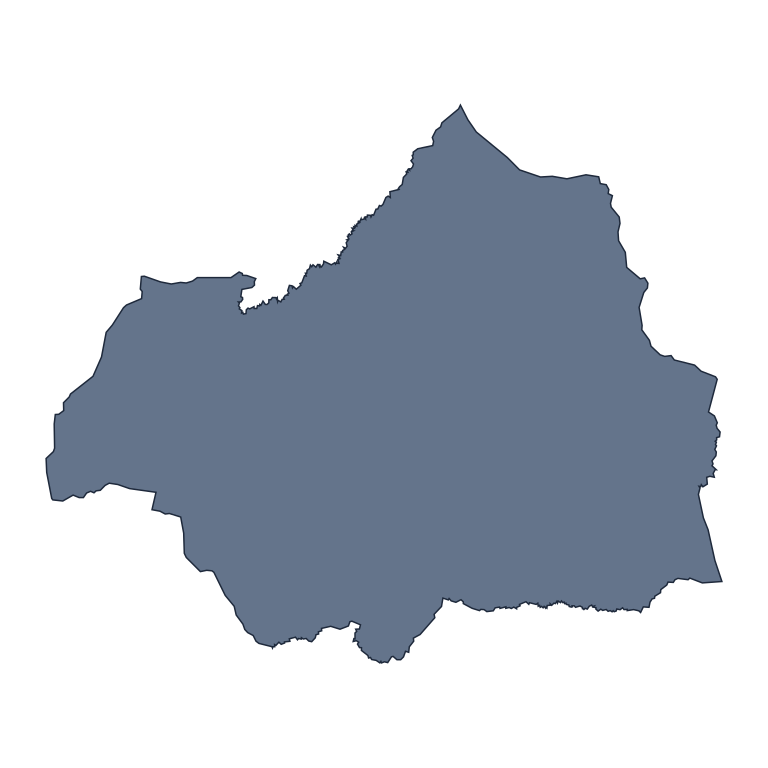 Nong Bua, Nakhon Sawan, Thailand (Natural Earth projection)
{"feature_id": "78962969B24099106411844", "entity_name": "Nong Bua", "entity_type": "district", "adm_level": 2, "iso_a3": "THA", "parent_name": "Thailand", "parent_adm1": "Nakhon Sawan", "projection": "natural_earth1", "projection_center": [100.631, 15.883], "detail": "fine", "context": "isolated", "style": "filled", "palette": "slate", "viewbox_px": 768, "rotation_deg": 0, "n_neighbors": 0, "source": "geoboundaries", "source_scale": "gbopen_adm2", "svg_char_len": 6098}
<svg xmlns="http://www.w3.org/2000/svg" viewBox="0 0 768 768"><path d="M141.4,276.5L140.3,289.1L142.2,291.5L141.6,298.6L126.5,305.0L123.5,307.7L112.3,325.1L106.2,332.3L101.5,357.0L93.0,376.3L70.5,394.0L69.2,397.0L63.5,402.7L63.7,410.6L58.7,414.3L55.3,414.5L54.2,424.0L54.6,448.2L53.4,451.6L46.1,458.5L46.7,472.4L51.7,498.4L52.8,499.9L62.8,501.0L73.1,495.1L79.2,497.6L83.4,497.6L86.6,493.0L90.6,491.3L94.0,492.8L96.2,490.8L100.3,490.3L105.1,485.4L109.2,483.2L117.8,484.5L129.6,488.6L156.0,492.3L152.0,509.7L160.0,511.2L165.2,514.0L169.4,513.5L180.7,517.0L183.7,533.2L184.3,553.3L186.3,557.5L200.4,571.6L206.7,570.3L211.9,570.8L213.9,572.3L225.2,595.4L234.2,606.3L236.2,615.0L242.9,624.1L244.8,629.5L247.7,632.6L253.2,635.5L256.0,641.2L258.9,643.4L272.0,646.7L272.5,648.0L273.0,646.7L274.7,646.7L274.6,644.6L275.9,645.4L278.9,642.2L281.2,644.3L284.6,643.0L284.5,641.9L289.9,641.3L289.3,638.8L295.5,637.2L297.5,639.8L298.6,638.5L301.2,639.1L301.4,637.7L303.2,639.0L306.2,638.5L308.7,641.0L311.7,641.7L315.3,637.8L316.0,634.7L318.6,634.0L318.4,631.8L321.7,630.8L321.5,628.4L330.7,626.3L340.0,629.2L348.4,626.0L349.9,621.7L351.9,621.2L360.5,624.8L359.4,629.0L355.7,629.2L356.7,631.4L355.0,633.0L355.0,638.8L353.9,638.6L353.2,641.5L356.3,640.7L358.7,642.2L357.5,644.1L359.5,647.6L361.5,647.7L361.4,650.4L367.9,655.5L368.6,658.0L370.5,657.5L371.6,659.5L376.2,660.4L379.9,662.9L380.9,661.4L381.6,662.9L384.4,661.8L387.7,662.6L391.5,656.8L393.1,656.4L396.9,659.7L400.7,659.7L403.5,656.9L405.5,651.3L408.7,652.3L409.3,646.8L413.7,641.2L413.4,638.1L420.1,634.5L434.8,617.7L434.1,614.3L441.5,606.5L442.9,598.1L448.3,599.9L449.1,598.5L451.2,600.9L455.9,602.3L461.0,599.7L463.3,601.8L463.3,603.6L472.1,608.3L479.5,610.6L480.8,609.4L484.1,609.6L486.8,611.6L493.3,610.8L495.2,607.8L499.6,607.1L500.0,608.4L505.9,606.8L505.8,608.3L509.2,607.5L511.3,608.5L513.8,607.1L516.6,608.8L516.6,607.4L520.1,605.8L519.5,604.4L526.0,601.7L528.8,604.3L529.5,602.7L536.2,604.4L537.8,603.2L538.2,606.2L539.6,605.4L540.2,607.3L541.6,606.4L543.1,607.8L544.1,606.4L545.7,608.2L546.1,607.2L546.9,608.0L547.2,605.5L550.3,605.2L550.2,603.8L551.7,605.3L554.0,603.1L555.3,603.6L556.8,601.4L557.5,603.1L558.2,601.1L560.5,602.6L561.5,601.0L562.8,602.6L564.1,602.1L564.6,603.6L566.0,603.2L566.3,604.4L568.9,605.0L569.2,606.5L571.4,607.1L572.4,606.8L572.1,605.8L574.2,605.8L575.5,607.3L580.0,606.0L582.2,607.2L582.6,609.3L582.8,608.3L583.9,609.5L585.1,608.3L587.3,609.1L589.3,606.2L591.7,605.1L592.5,606.5L594.0,606.1L593.1,607.1L595.9,607.6L595.9,609.1L598.1,611.1L600.8,609.2L602.7,610.4L606.2,609.5L608.1,611.3L610.2,610.6L612.1,611.8L613.2,610.7L614.2,611.7L616.2,611.0L616.8,609.0L620.1,609.7L622.6,607.8L624.0,609.6L627.2,609.4L627.2,610.6L633.6,609.6L638.8,610.8L640.6,612.5L643.3,606.9L649.0,607.3L650.0,602.2L652.1,598.9L654.5,598.3L654.8,596.2L660.5,592.7L660.8,589.6L666.8,585.0L668.0,582.1L673.3,582.4L675.0,579.7L677.9,578.4L688.1,579.7L689.8,578.1L702.3,582.9L721.9,581.5L714.9,560.5L708.1,529.8L703.4,517.9L698.4,494.4L700.0,488.0L699.0,486.3L700.7,486.6L701.3,484.7L702.9,486.8L707.3,484.1L706.7,477.3L709.9,476.3L714.3,477.2L713.2,473.4L715.1,469.7L716.2,469.7L712.0,465.8L713.0,463.9L712.0,460.9L715.9,455.8L716.3,452.0L714.8,449.4L716.5,445.8L715.5,444.6L716.4,442.2L715.2,441.2L716.7,439.9L716.6,437.6L719.5,436.8L720.1,432.0L717.1,428.4L716.2,425.2L717.3,422.8L714.4,415.9L708.5,412.0L717.2,379.3L715.5,376.8L701.1,371.2L694.6,365.1L674.3,360.0L671.1,355.6L664.7,356.4L660.1,354.8L651.0,346.2L649.4,340.3L641.8,329.8L642.1,325.4L639.1,307.4L643.8,292.5L647.4,288.0L647.9,283.2L644.6,277.9L640.2,278.8L626.7,267.4L625.3,252.3L618.6,240.8L618.0,231.9L620.0,223.4L619.2,217.0L611.2,207.2L610.5,203.4L612.4,195.7L608.2,193.6L608.8,189.5L606.2,184.7L600.3,183.6L598.7,176.8L586.0,174.8L566.9,178.8L552.3,176.3L540.5,177.0L519.6,169.9L507.3,157.5L476.3,132.0L467.9,119.8L460.4,105.1L458.6,108.9L441.9,122.8L440.6,126.9L436.0,130.2L432.3,137.5L433.6,141.3L432.7,145.6L417.8,148.7L413.2,152.2L413.3,154.8L412.2,155.4L413.1,158.2L411.0,160.7L413.5,164.0L412.6,166.9L411.0,168.8L409.1,168.8L409.5,170.2L408.1,169.4L407.1,171.0L407.8,172.2L406.2,171.9L406.7,174.0L403.4,177.4L402.2,184.5L399.6,186.7L398.3,188.6L399.0,189.4L389.9,191.7L390.3,197.5L388.1,196.1L385.9,197.5L382.9,204.5L381.1,206.1L379.4,205.5L377.8,209.0L376.0,209.2L373.6,215.2L372.1,214.7L371.0,216.9L370.5,215.3L367.4,215.1L367.2,216.9L365.5,216.9L365.6,219.1L364.4,217.7L364.0,219.1L361.3,219.7L361.1,218.7L359.9,221.4L358.4,221.2L358.1,222.1L359.4,222.7L356.6,224.2L356.8,226.1L355.0,225.4L355.2,227.0L353.8,226.7L354.4,228.3L352.0,228.1L353.1,229.7L352.1,230.8L353.3,230.9L351.3,232.0L352.0,233.9L350.3,235.0L349.3,233.9L348.2,235.0L348.7,236.1L347.5,236.4L348.9,238.9L346.9,239.8L348.0,240.3L346.2,242.7L347.1,246.3L345.6,248.2L343.6,247.3L344.7,249.3L342.6,250.5L342.6,252.0L341.2,251.9L340.7,255.5L338.1,254.9L339.6,257.0L338.6,257.7L339.9,258.7L337.9,259.4L339.0,263.4L337.0,263.3L336.8,261.8L335.5,264.1L334.7,262.8L331.3,264.8L323.8,261.2L323.5,263.9L321.5,266.9L320.6,266.1L319.9,267.3L319.0,265.7L319.7,264.6L317.6,264.5L315.9,267.2L313.0,264.8L311.7,266.7L310.4,265.1L309.5,268.6L307.1,270.3L306.7,273.3L305.4,273.2L306.2,276.0L304.5,275.7L301.8,282.8L300.0,283.5L300.9,285.2L296.3,289.2L293.5,286.6L292.5,287.9L292.1,285.8L289.4,285.4L287.7,290.7L288.9,293.2L287.3,294.3L287.8,295.1L285.3,295.4L283.5,298.0L284.2,299.2L282.1,299.4L280.8,301.9L278.2,300.4L277.6,301.7L277.3,297.8L276.5,299.0L276.0,297.6L272.4,297.5L270.8,299.8L268.9,299.7L268.8,302.9L267.0,304.5L265.3,304.4L263.0,301.1L260.9,305.3L259.8,304.4L259.5,305.9L257.5,305.6L256.8,308.5L254.1,308.5L254.0,306.7L249.7,308.9L248.0,308.1L246.3,309.8L246.0,313.6L243.4,314.1L242.8,312.4L241.6,313.0L241.9,310.6L239.3,308.9L239.9,307.6L238.5,305.9L239.4,303.0L238.4,302.0L240.9,301.9L242.7,299.4L242.5,297.5L240.8,296.7L241.9,289.4L251.9,287.5L254.5,285.1L254.3,281.7L255.8,278.6L246.8,275.5L242.6,275.3L242.3,273.5L239.1,272.0L231.0,277.6L197.3,277.6L192.5,281.1L186.2,283.0L180.6,282.4L171.3,284.0L160.5,281.9L144.3,276.2L141.4,276.5Z" fill="#64748b" stroke="#1e293b" stroke-width="1.5"/></svg>